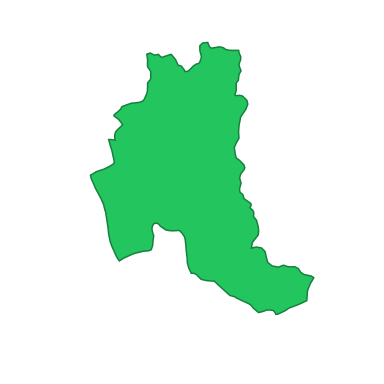 the district of Al-Amadiya, Dihok, Iraq, rotated 69°
{"feature_id": "34846034B75127748114443", "entity_name": "Al-Amadiya", "entity_type": "district", "adm_level": 2, "iso_a3": "IRQ", "parent_name": "Iraq", "parent_adm1": "Dihok", "projection": "albers", "projection_center": [43.505, 37.091], "detail": "fine", "context": "isolated", "style": "filled", "palette": "green", "viewbox_px": 384, "rotation_deg": 69, "n_neighbors": 0, "source": "geoboundaries", "source_scale": "gbopen_adm2", "svg_char_len": 3228}
<svg xmlns="http://www.w3.org/2000/svg" viewBox="0 0 384 384"><g transform="rotate(69 192 192)"><path d="M76.5,97.7L75.2,100.9L74.4,103.3L73.0,106.5L71.0,109.5L69.0,110.7L67.8,111.9L66.2,114.7L65.6,117.9L65.1,120.3L64.6,122.5L63.5,123.1L62.2,123.7L58.0,123.7L56.7,128.7L58.3,132.3L62.3,133.8L64.2,134.2L68.6,134.6L70.2,135.4L71.9,136.8L73.7,138.4L74.3,139.6L74.3,140.6L74.1,141.6L74.3,143.1L74.9,145.7L76.3,148.7L77.6,151.7L77.5,153.9L77.0,155.5L74.9,155.5L73.0,156.1L70.9,156.7L69.6,157.9L68.9,159.5L62.5,159.9L58.9,161.1L56.0,162.1L55.8,164.9L55.6,168.7L55.6,171.7L54.2,172.9L51.4,174.1L50.9,177.9L48.7,179.9L47.2,181.3L47.2,183.9L47.2,184.9L49.0,185.2L52.3,186.0L54.4,186.8L58.4,188.4L60.3,188.4L63.2,187.6L64.4,187.4L66.1,187.8L69.3,189.1L70.9,189.7L72.5,191.1L73.5,193.3L74.4,194.5L77.2,195.5L81.8,197.5L83.7,198.8L86.4,201.4L88.5,203.6L89.5,205.6L89.5,208.8L88.8,211.4L88.3,213.8L87.5,216.0L87.3,217.7L87.3,218.7L87.2,221.1L87.2,223.1L87.2,224.7L87.2,226.9L89.1,228.9L89.7,230.5L90.4,231.9L91.1,234.5L92.1,237.0L92.9,237.6L97.4,234.8L100.6,233.6L102.1,233.2L104.3,232.6L105.6,235.4L106.9,238.8L108.5,241.8L109.6,242.6L110.7,243.4L111.7,244.0L113.9,244.8L116.0,245.1L114.7,247.7L113.8,249.1L113.1,251.0L119.9,251.7L125.0,252.0L136.5,253.8L137.7,255.5L138.5,259.6L139.1,265.9L138.7,274.2L139.1,275.7L139.5,278.3L139.9,280.8L143.9,281.3L147.0,281.1L147.9,281.0L154.0,280.8L165.7,279.3L171.8,279.0L178.0,279.8L179.6,279.8L187.5,281.5L195.6,283.3L201.1,284.8L208.7,286.1L208.8,286.1L213.2,286.3L218.6,286.0L223.3,285.8L227.3,285.3L229.9,284.6L230.2,284.5L230.3,284.5L229.3,279.7L228.9,273.4L228.7,269.3L228.7,267.6L229.3,263.3L229.9,258.5L231.3,253.7L231.3,250.7L227.8,247.9L222.6,245.4L219.2,243.4L217.1,243.4L213.5,242.9L211.5,242.4L209.1,240.6L207.9,238.9L208.5,235.8L209.9,234.8L212.9,233.6L218.1,230.0L220.1,226.7L221.5,223.5L223.3,217.7L226.6,216.1L231.0,215.1L234.0,215.4L239.7,216.9L246.5,218.9L251.5,220.1L256.8,221.8L262.2,222.3L267.7,221.8L268.5,219.5L270.5,217.5L274.1,216.0L276.9,214.7L279.9,210.2L283.3,203.1L288.7,200.5L299.8,194.9L302.2,193.6L305.6,189.1L306.8,188.6L313.4,182.2L316.8,178.9L319.2,177.4L322.4,176.4L328.4,173.1L329.0,168.5L329.0,164.5L330.4,160.9L331.6,158.7L334.4,157.6L336.2,157.6L336.8,155.9L336.3,148.3L335.9,146.0L335.1,143.2L335.2,132.6L334.6,123.8L326.1,119.8L324.1,118.3L319.9,114.3L317.6,111.3L315.6,109.0L313.2,110.8L309.0,117.2L306.0,119.2L301.6,120.2L298.6,122.8L297.6,125.8L296.0,129.3L293.1,132.9L293.1,138.2L289.7,143.7L284.9,146.5L280.1,146.1L273.8,145.1L269.2,147.1L266.4,151.7L265.6,156.7L263.2,155.2L260.6,153.5L255.9,145.6L254.1,144.6L251.9,143.6L247.9,142.6L241.5,141.9L237.0,143.4L233.6,141.7L231.2,141.7L227.6,143.5L225.4,141.4L223.8,141.2L217.0,145.7L212.7,145.5L209.3,147.3L206.1,146.5L201.3,143.0L195.9,142.5L192.8,140.2L189.8,135.4L188.2,133.9L185.0,133.9L182.5,135.0L179.6,136.2L176.0,138.5L171.9,138.0L165.5,136.5L161.9,132.9L158.7,128.9L152.9,127.1L146.8,124.3L139.2,119.5L134.2,112.2L130.0,108.4L126.2,107.9L120.6,110.4L118.8,112.9L117.9,116.2L116.7,117.2L112.9,114.2L109.5,112.9L106.1,111.7L104.3,108.6L101.7,107.4L98.9,105.8L96.5,102.8L91.9,102.8L89.5,102.3L85.9,99.2L83.1,98.0L79.1,98.2L76.5,97.7Z" fill="#22c55e" stroke="#15803d" stroke-width="1.5"/></g></svg>